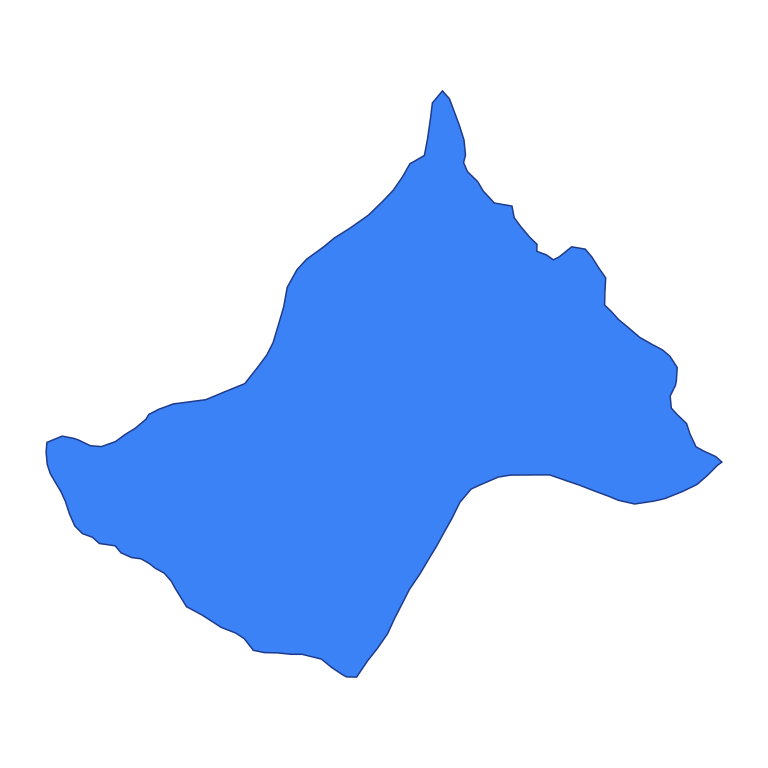 Zaqatala District, Zaqatala, Azerbaijan (Mercator projection)
{"feature_id": "54616110B4759617374649", "entity_name": "Zaqatala District", "entity_type": "district", "adm_level": 2, "iso_a3": "AZE", "parent_name": "Azerbaijan", "parent_adm1": "Zaqatala", "projection": "mercator", "projection_center": [46.691, 41.618], "detail": "fine", "context": "isolated", "style": "filled", "palette": "blue", "viewbox_px": 768, "rotation_deg": 0, "n_neighbors": 0, "source": "geoboundaries", "source_scale": "gbopen_adm2", "svg_char_len": 1924}
<svg xmlns="http://www.w3.org/2000/svg" viewBox="0 0 768 768"><path d="M721.9,462.1L715.8,456.6L703.4,450.9L696.0,446.8L689.9,433.8L686.6,423.6L677.4,414.8L671.3,408.1L670.2,396.0L675.5,385.3L676.4,380.5L677.2,367.5L669.9,356.2L662.6,350.0L651.9,344.3L639.5,337.2L628.3,327.6L618.4,319.4L611.6,311.8L604.6,305.0L604.9,292.6L605.7,277.9L598.4,267.4L591.9,257.0L585.2,249.1L571.7,246.8L559.0,257.0L553.4,259.8L546.6,255.0L536.8,251.3L537.0,244.3L529.7,237.2L520.7,226.5L514.2,217.7L512.0,206.1L494.3,203.0L483.3,191.1L477.6,181.5L467.5,171.7L463.6,162.6L465.5,155.0L464.0,140.0L459.2,124.9L449.5,98.9L442.5,90.9L441.7,91.8L432.4,102.9L430.6,117.4L427.5,139.1L424.4,155.4L409.9,163.8L402.4,177.0L393.2,190.3L383.1,200.9L368.6,215.0L350.5,227.8L334.3,238.0L323.7,246.8L306.6,259.2L296.9,269.8L287.2,287.4L283.7,306.8L278.4,324.9L273.1,342.6L266.8,355.0L257.5,367.5L252.1,374.3L244.8,383.6L224.6,391.8L220.6,393.5L205.7,399.7L173.3,403.9L158.7,409.3L148.8,414.4L146.0,419.2L135.3,428.2L125.2,434.4L115.6,441.5L101.5,446.6L90.3,445.7L78.7,440.1L74.0,438.4L73.9,438.4L62.1,436.1L46.9,442.4L46.1,452.0L47.2,464.4L50.3,473.7L54.8,481.4L61.0,491.8L65.5,501.7L69.4,513.8L74.8,526.0L82.4,533.6L92.5,537.3L99.3,543.5L115.1,545.8L121.0,552.8L131.7,557.6L141.0,558.8L149.4,563.6L155.0,568.1L164.3,573.2L171.4,581.4L174.7,587.6L186.6,606.8L202.0,615.0L221.2,627.4L235.8,633.1L244.3,638.7L253.3,650.3L264.3,652.6L277.8,652.9L291.0,654.3L302.0,654.3L321.4,659.1L331.8,667.6L342.8,674.9L346.7,676.9L356.6,677.1L367.6,660.8L377.4,648.4L387.6,633.7L394.9,617.8L401.9,604.3L409.5,589.3L419.9,574.0L428.4,559.6L436.5,546.3L444.4,531.9L451.7,518.9L459.9,502.3L471.2,489.0L479.9,485.0L498.2,477.1L510.3,475.1L539.0,474.9L549.7,474.9L566.6,480.8L579.0,485.0L597.3,492.1L608.8,496.3L618.4,500.3L634.7,504.0L653.9,501.1L664.8,498.6L682.5,491.5L697.1,484.4L707.3,475.5L717.6,465.2L721.9,462.1Z" fill="#3b82f6" stroke="#1e3a8a" stroke-width="1.5"/></svg>